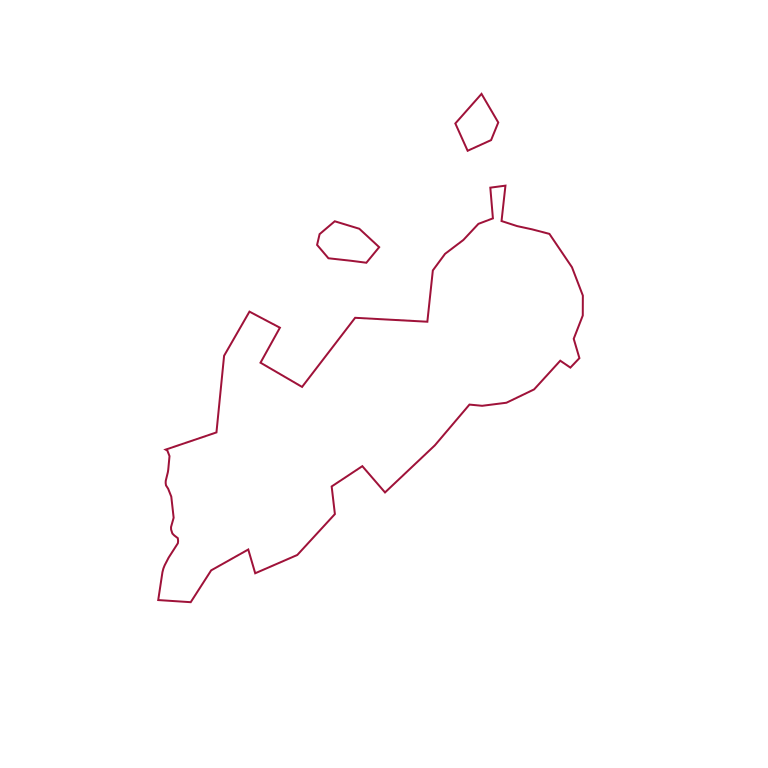 outline of Moskva, rotated 30°
{"feature_id": "RUS-2365", "entity_name": "Moskva", "entity_type": "Federal City", "adm_level": 1, "iso_a3": "RUS", "parent_name": "Russia", "parent_adm1": "", "projection": "orthographic", "projection_center": [37.264, 55.525], "detail": "fine", "context": "isolated", "style": "outline", "palette": "rose", "viewbox_px": 768, "rotation_deg": 30, "n_neighbors": 0, "source": "natural_earth", "source_scale": "10m", "svg_char_len": 1113}
<svg xmlns="http://www.w3.org/2000/svg" viewBox="0 0 768 768"><g transform="rotate(30 384 384)"><path d="M296.5,684.0L286.2,657.7L285.2,654.1L284.7,650.7L284.3,642.0L285.1,625.0L284.2,622.9L282.5,620.6L278.0,620.0L275.5,619.3L272.4,616.5L271.1,614.4L268.7,605.0L256.1,587.9L249.4,582.6L245.9,580.8L244.4,578.9L243.4,577.0L240.9,568.4L240.0,566.1L234.3,553.7L229.7,550.0L227.7,550.0L263.1,509.7L231.4,439.5L231.3,388.6L265.7,387.3L266.4,427.3L314.5,427.5L325.9,341.1L390.4,308.4L369.5,261.2L371.8,240.7L380.7,219.6L385.7,198.1L395.5,186.1L377.9,160.8L390.0,151.5L404.3,184.1L420.3,180.7L435.0,176.0L452.2,171.3L488.4,188.9L512.0,208.0L521.9,225.3L525.7,250.0L540.3,263.9L537.2,276.6L525.0,275.7L516.7,313.6L499.4,339.0L479.9,353.8L468.3,359.1L458.7,411.7L439.1,477.4L406.3,466.0L389.9,498.9L406.5,521.2L394.4,575.4L367.1,612.3L349.2,595.2L327.5,631.8L325.7,669.6L296.5,684.0ZM285.0,261.9L311.4,267.9L308.1,287.8L294.2,293.6L273.0,302.9L256.5,297.0L253.3,286.4L260.0,267.7L285.0,261.9ZM323.4,84.0L352.2,100.4L354.8,119.2L339.8,140.2L315.5,122.7L323.4,84.0Z" fill="none" stroke="#9f1239" stroke-width="2"/></g></svg>